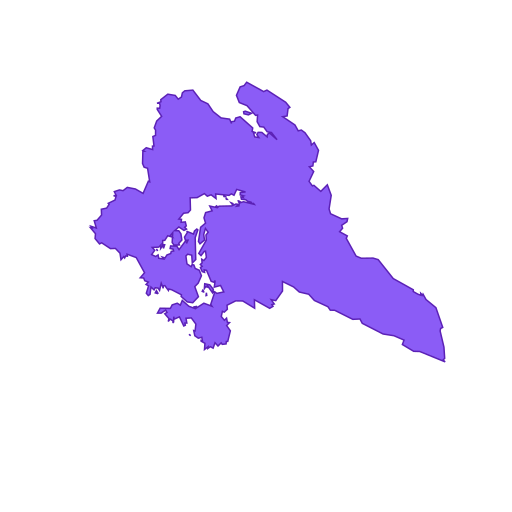 Milford Lea-3, Donegal, Ireland, rotated 241°
{"feature_id": "5873133B66186119395880", "entity_name": "Milford Lea-3", "entity_type": "district", "adm_level": 2, "iso_a3": "IRL", "parent_name": "Ireland", "parent_adm1": "Donegal", "projection": "equal_earth", "projection_center": [-7.731, 55.125], "detail": "fine", "context": "isolated", "style": "filled", "palette": "violet", "viewbox_px": 512, "rotation_deg": 241, "n_neighbors": 0, "source": "geoboundaries", "source_scale": "gbopen_adm2", "svg_char_len": 6179}
<svg xmlns="http://www.w3.org/2000/svg" viewBox="0 0 512 512"><g transform="rotate(241 256 256)"><path d="M71.7,370.1L74.4,369.3L75.0,371.4L85.2,376.2L101.2,380.7L103.1,382.3L103.0,384.7L123.6,388.3L135.5,383.6L141.6,383.6L140.8,382.7L143.5,382.0L141.7,381.2L144.1,379.1L148.7,376.3L150.2,377.2L169.7,365.1L193.6,361.1L197.4,357.4L203.0,347.0L207.4,343.5L227.7,343.5L229.3,345.6L236.7,340.9L238.3,345.2L241.3,345.8L241.9,352.2L244.4,354.4L247.0,348.9L256.8,341.7L261.7,342.7L272.6,351.2L283.7,352.9L281.1,344.0L289.7,340.9L290.0,339.3L295.6,338.6L301.9,347.4L308.2,345.9L307.2,349.4L310.4,351.7L309.4,354.0L318.1,361.9L327.0,361.9L326.2,358.2L330.3,359.7L340.1,358.6L344.2,356.7L345.0,353.6L351.7,353.6L364.9,346.9L363.4,351.1L369.4,355.5L369.6,357.7L376.1,356.5L395.8,346.0L396.1,342.4L412.5,332.1L410.8,328.2L411.6,324.1L406.0,316.8L398.3,315.8L391.9,321.0L379.2,323.8L378.5,325.7L372.9,322.1L367.3,322.1L365.0,325.3L359.2,326.0L356.5,329.4L347.5,330.8L356.9,327.5L356.9,325.0L354.8,323.5L361.3,321.0L363.1,317.8L361.8,315.6L358.2,315.9L360.8,312.6L364.8,313.5L363.7,315.8L366.8,313.0L369.6,315.2L385.5,309.6L386.5,305.2L384.3,302.5L385.5,299.3L383.7,298.8L388.5,299.3L393.7,292.4L403.1,288.5L412.4,287.7L418.8,283.1L431.7,281.2L435.0,273.8L434.4,270.7L431.2,267.9L430.9,264.0L435.6,263.2L440.3,257.3L438.9,248.5L437.0,247.7L437.6,243.5L436.4,245.7L434.1,245.1L431.9,243.4L433.2,241.3L432.1,240.7L423.9,241.2L422.2,234.6L417.4,229.1L414.8,229.2L410.2,226.6L410.5,223.7L401.7,220.1L402.3,218.7L399.2,217.2L403.9,212.5L403.1,208.1L401.9,208.9L402.4,207.8L391.9,201.6L387.9,201.2L385.3,203.7L372.4,199.0L373.6,198.1L365.5,187.6L373.1,183.0L378.4,176.7L377.6,171.4L380.0,168.6L381.0,163.3L376.8,163.1L377.8,160.7L375.9,162.4L373.3,159.8L373.7,152.3L372.4,152.6L370.3,148.6L371.9,143.4L366.7,140.8L364.3,134.3L365.3,131.6L357.9,129.9L362.0,126.1L360.0,126.3L361.1,124.9L353.3,126.4L349.3,123.7L342.4,125.0L342.4,127.4L333.0,132.3L330.8,136.7L324.4,138.4L318.2,136.1L319.6,140.1L318.0,140.2L319.2,142.0L318.2,143.4L320.1,144.1L312.7,150.5L295.4,150.4L293.1,144.2L291.2,147.1L288.3,146.7L285.4,149.2L284.4,146.0L282.0,147.6L276.6,142.0L273.6,142.6L273.8,144.7L279.8,149.1L275.8,150.4L277.1,152.5L275.4,154.8L272.7,155.0L278.1,159.9L272.7,159.2L274.9,160.4L274.3,161.9L268.3,162.7L269.4,163.8L267.2,166.0L258.2,172.0L256.9,170.9L249.2,173.6L245.8,178.0L248.3,185.9L258.9,187.6L260.3,192.3L265.2,198.7L271.0,199.5L274.6,196.8L278.3,197.3L279.5,196.0L278.1,194.1L282.6,191.8L290.0,194.7L290.7,197.1L287.9,200.2L280.8,196.9L282.1,201.6L301.5,211.7L307.0,217.8L308.3,217.3L307.7,214.3L305.5,212.0L311.3,207.3L310.0,207.6L307.2,202.6L304.0,201.9L302.8,204.2L301.1,201.9L303.3,201.6L298.9,191.8L303.0,191.5L306.2,186.2L304.2,184.5L302.2,186.8L300.3,186.4L301.1,184.1L299.5,182.6L300.1,178.6L298.4,175.5L300.5,173.5L298.1,173.8L301.2,169.8L304.4,170.9L304.2,168.0L307.8,165.4L310.1,170.2L313.8,169.4L310.9,175.3L311.9,178.3L308.8,176.3L310.2,179.3L314.8,181.9L313.9,183.8L316.5,188.6L313.3,191.8L315.5,191.2L316.8,194.5L308.4,189.2L305.3,189.6L302.8,194.4L304.5,194.6L305.9,198.9L311.8,201.1L315.5,200.7L317.6,197.2L318.8,202.6L313.3,205.4L313.2,208.3L315.7,207.5L316.1,209.6L320.1,210.7L321.8,206.8L324.2,208.6L325.7,206.4L328.5,213.4L326.8,217.6L328.0,221.0L338.8,226.6L335.6,232.8L335.6,241.1L331.9,242.4L331.3,246.4L325.6,248.9L329.8,250.8L322.1,261.8L322.3,264.6L319.8,266.2L323.6,271.4L317.1,277.9L319.1,273.0L317.1,271.8L314.5,274.4L314.7,272.0L314.4,273.2L313.3,273.2L314.9,271.4L312.7,270.8L310.2,274.3L307.8,275.3L305.5,277.8L303.6,278.0L303.2,279.3L302.0,279.5L309.5,271.4L310.4,267.1L308.1,265.3L308.9,263.2L309.7,265.6L311.2,263.7L311.6,259.0L317.5,247.8L317.0,245.6L322.1,239.8L316.8,239.5L318.4,233.0L314.6,229.0L309.2,227.8L308.0,221.5L296.6,212.7L293.8,212.9L294.9,218.7L300.2,220.7L304.6,225.1L300.0,225.7L298.6,222.4L294.0,220.3L286.0,207.2L283.0,208.1L285.1,213.0L284.7,214.2L278.8,211.9L277.3,208.2L279.5,207.0L276.1,205.5L275.6,203.2L273.1,203.9L272.9,201.8L268.4,201.4L266.6,203.1L269.0,204.0L267.4,205.8L255.6,204.5L253.4,206.5L254.4,208.4L249.0,204.4L247.4,210.7L240.2,210.4L242.3,203.6L244.6,202.6L235.6,192.9L233.4,193.1L240.0,187.5L239.3,177.6L240.7,177.4L240.5,180.1L241.6,177.1L240.3,176.6L244.6,172.9L252.9,170.0L249.7,166.0L252.9,164.2L253.9,159.0L251.7,155.7L256.8,146.8L253.8,142.1L252.0,145.4L252.5,150.8L249.8,150.8L249.7,148.2L243.4,149.5L241.3,147.5L242.4,150.3L238.8,152.3L242.8,154.7L240.4,153.8L239.9,159.5L229.8,158.9L229.7,160.6L231.8,161.3L230.9,163.0L235.5,164.6L233.2,169.4L225.6,170.4L220.0,166.4L221.0,165.4L215.9,163.8L212.1,165.7L211.2,169.2L207.7,168.0L208.8,167.0L208.1,166.7L204.4,169.0L199.2,165.6L199.9,170.1L198.5,169.1L198.8,172.1L196.2,173.8L200.0,178.1L195.7,179.1L196.9,183.4L195.1,183.6L193.6,187.2L195.6,188.6L195.0,189.9L203.0,197.3L209.4,196.6L210.6,200.5L211.8,198.8L215.9,200.1L215.1,197.2L219.9,196.3L223.9,199.8L222.3,201.0L223.3,205.1L227.0,206.8L226.6,216.5L223.1,222.6L211.0,229.5L218.5,233.4L203.6,242.6L203.7,246.5L205.8,246.3L205.2,248.7L210.5,248.1L207.4,251.6L212.5,262.2L220.9,266.8L210.7,273.9L203.5,276.4L197.0,283.6L188.8,285.5L176.8,294.3L172.6,294.7L170.4,298.5L153.7,309.9L150.5,316.4L145.6,316.3L126.2,329.3L119.4,338.0L110.7,344.7L107.6,341.1L96.2,347.7L93.1,352.9L71.7,370.1ZM254.3,199.1L245.0,200.1L247.6,202.5L253.2,201.6L256.6,197.7L252.5,195.0L253.5,197.1L252.2,198.6L254.3,199.1ZM386.2,314.4L383.1,317.8L383.0,321.3L387.9,316.8L388.2,315.1L386.2,314.4ZM307.5,178.8L310.1,181.6L311.1,180.2L307.5,178.8ZM272.6,150.0L270.9,151.6L271.0,152.2L274.0,152.1L272.6,150.0ZM247.9,194.8L245.6,193.1L245.4,193.8L247.9,194.8ZM323.6,256.8L322.0,258.8L323.9,256.9L323.6,256.8ZM311.4,268.3L312.6,267.6L312.8,267.2L311.7,267.0L311.4,268.3ZM251.8,192.7L251.1,191.8L249.9,192.8L250.1,193.0L251.8,192.7ZM219.1,159.7L218.0,160.3L220.0,159.5L219.1,159.7ZM319.9,257.6L319.5,258.3L321.4,257.9L319.9,257.6ZM308.7,172.5L310.5,172.4L308.2,172.2L308.7,172.5ZM314.6,260.0L313.0,260.2L312.4,261.1L313.1,261.2L314.6,260.0ZM238.9,151.6L237.6,150.9L238.4,151.9L238.9,151.6ZM317.8,246.2L319.0,245.8L318.9,245.3L317.8,246.2ZM245.5,201.6L245.4,201.3L244.1,201.4L245.5,201.6Z" fill="#8b5cf6" stroke="#5b21b6" stroke-width="1.5"/></g></svg>